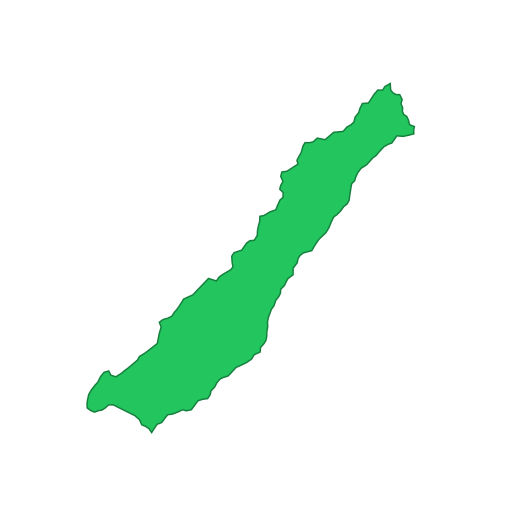 Irapuru, São Paulo, Brazil, rotated 30°
{"feature_id": "56859067B68587669749429", "entity_name": "Irapuru", "entity_type": "district", "adm_level": 2, "iso_a3": "BRA", "parent_name": "Brazil", "parent_adm1": "São Paulo", "projection": "orthographic", "projection_center": [-51.345, -21.468], "detail": "fine", "context": "isolated", "style": "filled", "palette": "green", "viewbox_px": 512, "rotation_deg": 30, "n_neighbors": 0, "source": "geoboundaries", "source_scale": "gbopen_adm2", "svg_char_len": 2571}
<svg xmlns="http://www.w3.org/2000/svg" viewBox="0 0 512 512"><g transform="rotate(30 256 256)"><path d="M253.9,461.1L254.2,454.8L254.5,451.2L257.6,447.3L258.2,442.1L258.9,437.6L262.7,434.7L266.4,430.1L269.4,425.8L272.9,425.0L276.9,421.4L277.6,414.8L278.2,410.3L281.5,406.7L285.4,403.7L285.7,399.3L284.5,395.2L285.7,390.2L285.5,385.2L286.4,380.5L288.4,377.6L291.8,373.9L292.9,369.5L294.4,362.5L297.1,358.9L301.2,352.8L303.7,347.5L303.8,342.4L307.6,337.1L305.7,332.9L306.7,328.0L306.8,324.2L305.5,320.2L303.4,316.5L301.6,311.6L298.9,307.3L297.5,303.3L296.0,294.7L296.4,290.1L295.3,284.5L296.0,279.5L295.7,275.8L294.0,272.5L295.4,267.5L295.0,263.2L295.0,259.5L297.5,253.7L294.2,247.9L295.1,241.3L293.7,237.2L293.9,233.4L295.5,229.6L301.6,223.5L301.6,218.6L301.8,214.2L302.2,209.9L304.9,200.7L305.0,195.0L304.1,188.4L303.8,183.2L305.4,179.8L306.8,174.5L307.2,169.7L308.9,165.1L308.8,161.4L306.7,156.2L304.0,149.2L302.7,145.5L303.8,141.6L302.9,137.7L302.5,133.1L303.1,127.6L306.1,121.9L307.1,117.6L308.1,112.5L309.7,109.2L310.6,104.1L312.1,97.5L314.6,93.2L317.1,90.3L317.5,86.6L317.9,81.5L323.7,78.8L328.4,74.5L331.6,71.3L329.6,68.2L328.4,64.7L323.3,65.5L320.0,62.0L316.6,59.7L313.3,59.7L310.5,57.6L308.9,54.3L305.5,51.7L304.3,47.4L299.8,44.4L296.5,46.2L292.8,46.2L289.6,44.9L286.0,39.5L282.9,44.8L282.7,49.0L278.5,51.4L277.5,56.6L276.9,67.3L271.9,70.7L272.3,76.6L273.3,80.3L272.4,86.0L273.8,91.0L272.6,95.0L270.2,99.0L269.2,104.5L261.4,110.1L259.6,115.3L257.6,120.8L253.8,122.0L250.1,123.3L248.4,128.6L245.7,131.1L241.8,133.3L241.7,137.1L243.4,143.8L243.4,147.4L243.6,152.6L246.4,155.5L244.8,158.6L240.5,167.0L236.4,170.3L237.6,174.7L242.1,178.0L242.1,182.5L243.2,186.3L247.9,187.5L250.1,191.9L248.8,195.4L249.4,201.9L250.1,206.1L246.1,210.7L242.7,216.9L239.5,219.7L241.7,223.7L243.0,228.5L244.3,232.6L246.8,237.6L246.7,243.2L243.0,245.9L241.4,249.5L240.7,258.1L235.4,264.0L235.1,268.3L238.7,273.7L241.5,276.9L241.0,280.5L236.8,287.9L234.6,292.5L234.2,297.4L226.1,299.2L220.7,321.3L214.9,329.4L214.6,337.9L214.2,341.7L213.5,345.3L213.2,350.3L210.7,354.0L207.4,357.3L205.4,361.7L209.4,365.0L211.0,371.6L214.3,381.1L210.3,391.0L208.6,395.2L205.3,401.3L205.4,405.5L204.0,409.4L201.3,416.9L199.5,421.0L198.1,424.9L195.0,430.7L189.9,431.8L185.9,429.2L182.6,432.7L181.7,438.0L182.1,444.4L181.3,447.9L180.4,454.2L180.4,459.5L182.0,464.7L183.5,468.4L185.8,472.0L190.3,472.5L194.3,471.9L197.0,468.6L199.7,466.4L201.5,462.8L202.8,458.6L206.9,456.3L230.8,454.8L236.9,456.0L241.5,459.3L246.0,458.7L249.8,459.1L253.9,461.1Z" fill="#22c55e" stroke="#15803d" stroke-width="1.5"/></g></svg>